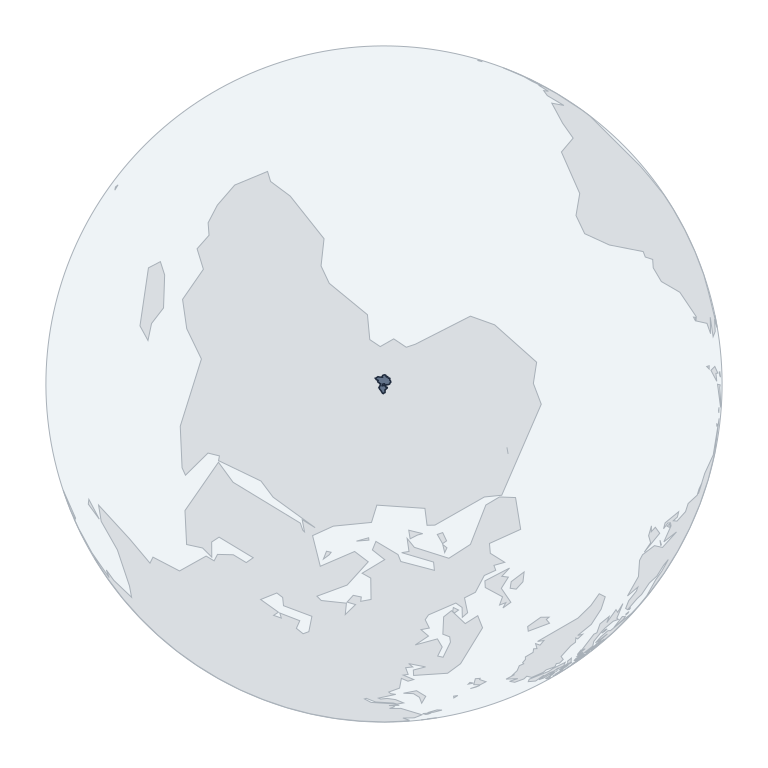 Bauchi on an orthographic globe, rotated 161°
{"feature_id": "NGA-2858", "entity_name": "Bauchi", "entity_type": "State", "adm_level": 1, "iso_a3": "NGA", "parent_name": "Nigeria", "parent_adm1": "", "projection": "orthographic", "projection_center": [9.972, 11.0], "detail": "fine", "context": "on_globe", "style": "filled", "palette": "slate", "viewbox_px": 768, "rotation_deg": 161, "n_neighbors": 0, "source": "natural_earth", "source_scale": "10m", "svg_char_len": 10547}
<svg xmlns="http://www.w3.org/2000/svg" viewBox="0 0 768 768"><g transform="rotate(161 384 384)"><circle cx="384" cy="384" r="338" fill="#eef3f6" stroke="#a8b0b8"/><path d="M272.3,65.1L275.5,64.0L264.4,68.3L266.4,68.1L258.7,71.1L267.0,68.5L273.6,65.9L279.5,64.1L281.3,64.1L271.8,67.6L269.5,68.1L267.6,69.2L262.1,71.1L265.9,70.1L254.1,75.0L268.3,70.4L261.1,74.5L252.6,77.8L250.2,77.1L224.7,86.5L215.4,91.4L204.6,98.1L191.0,110.3L182.1,116.7L172.3,125.5L178.6,121.6L188.6,113.5L198.0,109.4L209.0,101.1L214.5,98.7L227.1,91.3L228.6,93.1L223.2,99.4L212.8,106.0L210.1,109.3L222.8,104.3L206.1,119.1L199.8,134.0L195.1,138.4L180.9,143.1L173.9,138.8L155.6,148.9L170.8,143.6L158.8,156.4L158.3,159.5L160.9,160.1L166.8,156.1L163.4,161.2L147.0,167.3L149.9,162.7L155.0,160.5L151.6,159.0L140.5,165.1L135.3,172.0L124.1,176.9L120.2,182.3L115.6,187.0L122.5,177.8L109.8,195.1L95.8,209.7L78.3,242.4L91.8,214.9L94.3,210.0L94.4,209.9L108.6,188.1L124.5,167.5L141.9,148.2L160.8,130.3L180.9,113.9L202.3,99.1L224.7,86.0L248.1,74.6L272.3,65.1ZM50.5,329.6L50.8,329.1L50.4,337.7L53.7,325.9L57.4,321.6L53.8,340.9L58.8,325.2L58.9,336.2L68.5,342.1L66.8,345.9L74.4,374.4L88.4,390.6L91.6,406.2L89.4,414.3L95.6,419.0L95.8,424.8L125.7,442.1L145.3,460.8L147.6,480.8L136.9,500.4L140.7,545.6L125.1,554.9L130.2,572.4L133.9,594.9L123.2,588.8L135.7,603.5L137.5,609.4L133.2,607.2L140.6,616.2L137.8,614.4L145.4,621.9L153.2,630.8L165.2,641.5L168.3,644.1L146.3,624.2L126.2,602.4L108.0,579.0L101.9,570.0L70.7,506.5L65.1,492.2L57.9,472.3L53.8,455.8L49.5,431.9L46.9,407.8L46.1,383.5L47.3,365.0L49.8,338.1L50.2,333.0L48.8,341.3L49.1,338.6L50.5,329.6ZM71.7,254.9L73.2,253.2L68.7,275.2L66.4,273.7L67.7,271.4L69.9,263.3L72.3,254.5L71.7,255.0L71.7,254.9ZM82.0,237.8L82.4,235.5L82.7,236.4L82.0,237.8ZM225.4,90.9L226.2,91.1L223.5,92.3L225.4,90.9ZM230.2,87.7L226.4,89.1L228.1,87.8L230.4,87.0L230.2,87.7ZM234.4,86.5L231.6,85.5L234.6,83.4L245.9,78.9L234.4,86.5ZM275.0,65.2L267.9,67.9L272.1,65.8L275.0,65.2ZM288.5,59.8L288.1,60.0L290.2,59.4L302.8,56.0L304.7,55.6L298.2,57.4L290.2,59.6L297.5,57.8L276.2,64.4L279.5,62.7L288.5,59.8ZM282.2,63.3L282.0,62.9L291.8,59.8L293.8,60.1L290.0,61.0L282.2,63.3ZM317.1,52.8L305.7,55.3L304.8,55.5L317.1,52.8ZM288.7,61.7L294.6,60.5L291.6,62.1L282.9,63.6L288.7,61.7ZM293.5,59.0L298.2,57.7L296.2,58.5L293.5,59.0ZM284.4,68.3L284.1,67.2L289.1,65.4L284.4,68.3ZM296.9,60.0L297.9,59.5L299.9,58.9L303.0,58.6L296.9,60.0ZM310.0,54.6L310.4,54.7L315.8,53.2L319.6,52.8L309.9,55.0L315.7,53.9L316.8,53.8L307.6,55.9L310.0,54.6ZM312.1,56.5L301.1,60.1L300.6,62.2L296.1,63.8L297.7,60.2L312.1,56.5ZM310.3,55.8L310.4,56.5L304.7,57.7L301.2,58.1L310.3,55.8ZM325.6,51.8L322.3,51.9L324.5,51.5L325.6,51.8ZM313.1,56.7L315.7,55.9L313.7,56.7L313.1,56.7ZM323.0,52.9L321.5,52.8L324.1,52.3L323.0,52.9ZM322.2,54.6L318.6,55.6L316.1,55.7L322.2,54.6ZM323.5,53.6L327.4,52.9L317.3,55.1L322.4,53.6L323.5,53.6ZM325.7,52.4L326.7,52.1L326.0,52.5L325.7,52.4ZM333.8,54.0L321.8,56.8L316.2,56.8L328.7,54.0L333.8,54.0ZM186.4,657.7L186.5,657.0L189.6,659.0L190.2,660.0L186.4,657.7ZM714.4,313.2L712.7,307.0L717.5,331.6L719.2,341.3L720.9,357.7L719.8,346.5L718.7,340.8L715.1,319.5L706.9,290.4L707.1,298.6L703.4,286.3L692.1,264.5L690.4,275.9L690.1,314.0L696.1,346.2L693.3,362.4L674.9,320.2L663.6,290.8L658.8,295.5L638.2,273.8L608.2,279.2L602.2,272.1L596.9,277.1L582.1,271.6L572.4,260.0L564.2,262.3L589.8,292.9L598.4,290.7L603.2,276.4L608.9,288.0L622.9,296.5L613.4,329.1L566.0,363.9L558.7,340.2L508.4,279.7L508.4,272.3L508.1,271.5L507.3,270.1L505.5,282.3L495.9,270.6L525.7,313.1L531.9,332.3L565.4,365.4L563.0,369.6L572.9,376.0L601.4,362.4L602.2,370.5L590.4,410.4L548.5,467.1L552.5,500.5L546.9,529.6L517.4,551.3L516.7,572.7L501.0,581.6L497.8,593.7L483.3,607.4L460.4,620.7L424.9,622.9L425.3,612.4L411.5,592.2L393.4,540.9L405.1,516.1L403.0,497.0L377.1,454.9L383.0,430.6L375.4,420.6L360.1,423.5L351.0,411.5L341.4,411.4L280.2,420.0L260.1,403.9L232.6,354.9L242.6,335.9L241.9,313.7L308.9,240.5L325.9,244.5L381.8,234.0L389.3,236.4L385.8,253.1L430.2,271.8L440.9,257.2L478.2,266.1L500.9,263.9L503.6,232.4L466.3,235.2L456.8,221.0L484.3,205.9L516.5,205.2L513.8,199.7L490.9,189.0L495.7,178.6L482.7,184.7L489.9,189.8L481.9,194.2L474.8,190.0L476.8,186.1L466.4,184.5L459.7,204.8L466.3,212.2L440.5,217.7L449.0,230.9L442.9,237.8L426.3,218.2L425.9,210.7L397.0,191.4L395.1,199.5L422.2,218.8L414.9,217.5L412.4,230.4L408.5,219.7L379.4,198.1L354.5,204.2L327.1,236.4L311.6,239.6L296.6,233.8L302.1,202.1L336.2,198.9L338.6,189.3L327.9,176.1L339.1,176.7L339.0,171.5L351.5,170.3L365.4,157.3L377.5,155.6L379.4,140.5L385.9,137.9L382.9,147.3L387.4,153.5L417.1,151.2L421.8,147.7L420.6,138.5L429.0,139.7L424.0,131.2L439.4,127.1L416.5,125.6L414.6,116.4L421.8,109.3L417.1,106.4L405.2,118.3L404.2,123.6L409.8,128.3L403.4,144.4L394.0,147.7L385.2,131.0L370.8,134.4L370.2,121.4L402.7,94.6L418.0,89.8L450.9,98.8L449.4,104.0L436.8,103.0L451.7,111.6L448.9,107.1L455.9,108.7L455.7,101.6L460.6,102.5L452.1,94.9L458.1,95.2L463.4,100.0L468.3,91.4L479.8,91.2L478.5,89.0L473.9,86.7L491.5,88.8L489.8,87.2L483.4,85.7L475.8,81.8L469.3,76.1L475.8,77.1L479.0,79.3L495.5,86.1L503.1,92.6L505.0,92.6L500.0,87.2L479.9,78.8L474.2,75.2L484.0,78.4L480.0,76.9L479.2,75.5L484.4,75.4L473.7,71.8L455.8,58.9L464.1,58.5L474.9,62.0L469.2,57.6L479.0,59.7L473.1,58.1L469.8,57.2L493.6,64.3L516.8,73.3L539.2,83.8L560.9,96.1L581.5,109.8L601.1,125.1L619.6,141.7L636.7,159.7L652.5,178.9L666.9,199.1L679.7,220.4L690.9,242.6L700.5,265.5L708.3,289.1L714.4,313.2ZM289.4,277.5L288.4,284.1L289.4,277.5ZM553.4,221.3L570.8,220.4L558.1,202.6L563.7,201.2L557.3,196.1L557.1,201.4L540.7,187.6L546.4,181.5L541.8,174.2L535.7,174.3L527.8,187.8L551.2,207.1L549.3,215.2L553.4,221.3ZM68.9,342.0L69.6,346.5L67.7,345.6L68.9,342.0ZM63.6,280.9L63.8,282.6L63.1,286.2L62.5,286.2L63.6,280.9ZM71.7,292.3L73.2,295.5L70.6,295.4L71.7,292.3ZM68.5,278.2L70.4,290.5L65.5,292.9L64.8,285.6L66.7,286.0L68.5,278.2ZM76.8,247.7L76.4,249.8L74.8,252.9L76.8,247.7ZM82.2,238.6L83.2,235.4L82.2,238.6ZM159.8,156.0L161.0,155.7L162.6,157.4L159.6,158.7L159.8,156.0ZM183.2,154.4L177.3,162.8L179.4,157.3L174.1,160.2L171.9,153.1L192.6,140.3L183.6,147.0L183.2,154.4ZM174.9,141.4L173.9,146.5L174.1,141.5L174.9,141.4ZM325.8,147.0L331.2,149.8L328.1,155.7L312.7,160.7L317.0,151.8L325.8,147.0ZM339.6,152.6L335.1,136.3L344.5,133.5L340.0,137.6L346.7,137.4L341.2,144.2L354.5,158.6L352.7,165.0L325.2,169.1L335.2,163.8L329.3,160.9L339.6,152.6ZM307.2,108.5L305.4,103.9L328.1,103.3L327.1,107.9L311.7,112.4L303.8,109.8L307.2,108.5ZM254.8,79.7L252.7,79.8L255.3,78.5L259.3,77.5L254.8,79.7ZM283.9,67.9L267.0,79.1L263.7,79.5L257.8,86.9L246.8,90.9L251.0,85.8L238.1,95.1L237.4,92.1L229.6,98.6L240.1,86.7L239.0,85.1L244.4,85.1L254.6,81.2L258.7,79.1L269.4,72.4L272.0,68.2L282.5,64.6L289.3,63.2L290.2,63.6L283.1,65.6L289.5,64.8L279.9,68.2L283.9,67.9ZM362.1,62.0L353.4,61.9L364.7,65.2L355.2,66.7L357.1,67.0L351.4,69.6L347.8,73.6L343.0,74.0L343.6,75.4L339.9,77.6L339.2,79.9L330.4,81.7L328.8,84.9L325.5,84.0L325.2,89.2L321.5,86.3L316.3,89.4L322.6,90.6L276.8,99.5L260.5,107.2L248.8,115.6L244.1,110.8L252.0,100.4L266.3,89.2L282.7,83.2L277.6,82.7L283.9,79.9L285.3,81.5L287.0,77.5L292.6,75.7L305.3,68.7L304.2,65.2L308.9,63.0L312.1,63.5L314.5,61.0L323.7,60.9L327.3,59.5L339.9,58.5L344.1,61.2L347.7,59.6L357.5,59.4L362.1,62.0ZM337.3,53.8L344.5,55.6L342.8,57.6L321.5,58.7L317.0,60.0L303.3,61.8L306.0,59.0L309.7,58.6L313.9,57.7L311.4,58.9L316.5,57.3L321.8,57.0L327.2,55.8L328.0,56.5L337.3,53.8ZM396.1,229.9L401.5,230.3L409.7,229.1L408.2,237.7L396.1,229.9ZM375.9,215.3L380.6,214.0L382.6,224.4L376.9,224.4L375.9,215.3ZM381.5,204.9L380.7,213.1L377.8,208.6L381.5,204.9ZM387.1,146.0L391.9,144.6L393.1,146.6L391.2,150.1L387.1,146.0ZM393.6,75.6L388.9,74.4L389.9,73.5L384.5,69.3L391.1,68.3L397.0,70.5L393.6,75.6ZM498.3,238.2L492.8,244.6L488.8,242.1L491.5,240.3L498.3,238.2ZM449.1,241.3L461.2,244.4L448.6,243.6L449.1,241.3ZM399.9,73.9L396.9,72.1L402.1,72.8L399.9,73.9ZM395.7,67.5L401.5,67.9L391.3,67.8L395.7,67.5ZM575.4,654.9L573.8,657.7L570.6,658.9L575.4,654.9ZM595.8,518.4L568.9,570.5L555.6,572.5L555.9,558.5L567.7,527.7L584.1,516.9L593.0,502.0L595.8,518.4ZM721.9,388.1L719.3,357.6L720.2,356.5L721.5,367.2L721.9,388.1ZM697.2,348.9L702.7,366.7L700.6,371.0L697.2,348.9ZM452.3,69.9L452.5,76.2L456.9,81.6L466.3,85.3L453.1,83.4L446.2,75.1L452.3,69.9ZM454.7,59.8L446.4,57.6L449.8,57.5L452.2,58.0L454.7,59.8ZM449.8,59.1L440.0,58.6L435.3,56.8L444.0,57.5L449.8,59.1ZM420.2,64.4L419.8,66.2L415.6,65.4L420.2,64.4ZM457.6,54.2L458.2,54.3L453.7,53.4L457.6,54.2ZM443.5,51.4L443.9,51.4L442.8,51.2L443.5,51.4ZM449.1,52.7L443.5,51.4L452.7,53.3L449.1,52.7Z" fill="#d9dde1" stroke="#a8b0b8" stroke-width="1"/><path d="M390.0,392.3L389.6,392.2L389.2,392.3L388.5,392.6L387.7,392.7L387.4,392.9L387.2,392.8L386.3,392.2L383.4,390.9L383.2,390.9L383.2,391.0L383.3,391.4L383.4,391.6L383.3,391.8L382.9,392.0L382.6,392.4L382.4,392.5L382.2,392.6L381.3,392.6L380.4,392.5L380.1,392.4L379.9,392.0L379.6,391.7L379.4,391.6L379.3,391.3L379.4,391.1L379.5,391.0L379.5,390.8L379.5,390.3L379.4,389.9L379.0,389.8L378.3,389.9L378.1,389.7L378.1,388.8L378.1,388.5L378.0,388.2L377.8,387.9L377.4,387.8L377.1,387.9L376.9,387.6L376.7,387.5L376.6,387.4L376.8,387.0L376.9,386.6L377.1,386.4L377.3,386.0L377.3,385.6L377.0,385.2L376.8,384.8L376.8,384.3L376.9,383.9L377.0,383.5L377.4,383.5L377.6,383.4L377.7,383.2L378.0,382.9L378.6,382.2L379.0,382.1L379.7,382.0L380.0,382.0L380.4,382.1L380.7,382.2L381.1,382.3L381.5,382.2L381.7,382.5L382.0,382.6L382.7,382.5L383.1,382.5L383.3,382.7L383.4,383.0L383.4,383.4L383.4,383.8L383.5,384.1L383.9,384.3L384.8,384.2L385.0,384.3L385.4,384.3L385.3,384.1L385.4,383.7L386.1,383.4L386.3,383.3L386.4,383.1L386.4,382.9L386.0,382.8L385.5,382.8L384.6,382.6L384.2,382.5L383.6,381.7L383.4,381.3L383.1,381.3L383.0,381.2L383.2,380.6L383.2,380.4L383.1,380.0L383.0,379.8L382.8,379.7L382.6,379.8L382.2,379.9L382.0,379.7L382.1,379.3L382.4,379.0L382.9,378.9L383.1,378.8L383.3,378.7L385.1,378.0L385.2,377.8L385.1,377.6L385.1,377.4L385.6,376.2L385.7,375.7L385.8,375.6L386.0,375.5L386.4,375.5L386.6,375.6L386.9,375.6L387.7,375.1L388.1,375.4L388.4,375.7L388.5,375.9L388.6,376.4L388.6,376.6L388.6,376.9L388.7,377.0L388.8,377.3L388.9,377.5L388.9,377.9L389.1,378.9L389.8,380.6L389.8,381.1L389.6,382.0L390.0,382.2L389.9,382.3L389.8,382.5L389.7,382.6L389.1,382.9L388.9,383.3L388.7,383.5L388.2,383.6L387.9,384.2L387.7,384.9L387.6,385.1L387.3,385.5L387.9,386.0L388.1,386.4L388.2,386.8L388.6,387.0L388.9,387.3L389.1,387.6L389.0,388.4L389.1,388.6L389.1,388.8L388.4,389.1L388.4,389.3L388.6,389.7L389.8,390.5L390.0,390.9L390.0,391.3L390.1,391.7L390.3,392.0L390.4,392.3L390.0,392.3Z" fill="#64748b" stroke="#1e293b" stroke-width="1.5"/></g></svg>